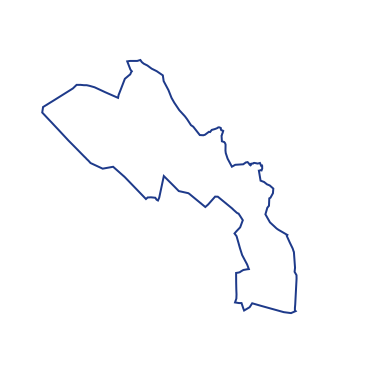 Udi, Enugu, Nigeria (Natural Earth projection), rotated 323°
{"feature_id": "59680162B18977545928744", "entity_name": "Udi", "entity_type": "district", "adm_level": 2, "iso_a3": "NGA", "parent_name": "Nigeria", "parent_adm1": "Enugu", "projection": "natural_earth1", "projection_center": [7.382, 6.448], "detail": "fine", "context": "isolated", "style": "outline", "palette": "blue", "viewbox_px": 384, "rotation_deg": 323, "n_neighbors": 0, "source": "geoboundaries", "source_scale": "gbopen_adm2", "svg_char_len": 2594}
<svg xmlns="http://www.w3.org/2000/svg" viewBox="0 0 384 384"><g transform="rotate(323 192 192)"><path d="M263.8,213.0L263.5,213.0L263.2,212.8L263.0,212.7L263.7,209.7L262.2,209.1L261.3,208.6L260.7,207.8L259.2,206.2L258.5,205.9L258.2,206.0L257.7,206.0L257.3,205.6L256.8,205.3L256.2,205.0L255.5,204.8L255.3,205.4L255.3,205.8L254.8,205.9L254.5,204.9L254.6,203.7L254.5,202.6L254.4,201.6L252.8,200.8L249.6,200.7L242.9,196.3L239.1,195.8L240.5,186.8L242.4,181.2L243.7,179.0L247.3,174.4L247.8,173.0L247.8,171.5L246.4,169.5L249.5,164.8L250.2,164.5L251.0,163.8L251.8,163.4L253.7,162.0L253.4,161.2L252.6,160.4L252.7,159.5L253.5,158.3L252.9,157.0L251.9,156.2L250.2,156.1L247.9,155.4L245.1,154.3L242.5,155.0L241.7,154.1L236.9,154.1L235.2,153.5L232.5,151.2L232.3,140.6L231.4,138.0L231.9,130.9L231.9,127.4L231.1,119.0L231.6,109.9L232.3,104.5L234.5,96.5L236.1,86.4L238.9,81.3L236.5,74.2L234.0,69.2L232.5,64.1L230.7,60.5L230.1,58.1L230.2,55.5L227.0,54.3L223.3,51.5L221.5,50.1L218.9,48.7L216.7,56.5L216.5,57.1L216.5,58.5L216.6,59.4L215.5,59.7L213.4,60.9L212.0,60.9L206.5,61.2L198.0,66.5L191.7,70.4L189.6,72.3L189.2,71.6L182.7,60.0L180.9,56.6L177.2,49.7L174.1,45.6L172.4,43.6L172.1,43.3L169.9,41.6L167.3,39.2L164.3,37.0L159.3,37.6L159.0,37.6L137.1,35.7L124.2,34.5L120.2,38.4L122.8,62.0L124.3,76.5L125.0,81.6L126.7,94.5L127.4,99.8L127.5,100.0L127.6,100.9L127.7,102.1L128.1,104.5L128.2,105.4L128.4,107.8L134.7,119.6L144.2,124.4L147.3,139.7L151.0,169.9L153.3,169.7L156.1,171.6L159.2,174.5L159.1,176.9L159.7,178.3L162.4,176.8L179.1,162.3L181.2,177.1L182.0,183.3L188.4,190.8L188.8,192.1L193.6,212.0L197.4,211.7L207.7,209.6L209.8,211.3L214.3,229.9L214.2,230.1L215.3,235.6L215.7,236.6L216.2,237.2L215.8,242.7L215.6,245.1L209.2,249.2L203.8,250.1L201.0,250.7L201.0,254.1L198.5,260.6L196.5,265.7L194.1,272.5L192.4,283.1L191.0,287.8L189.3,286.8L186.1,285.2L183.8,284.9L181.8,284.8L180.4,284.2L178.5,283.2L173.0,290.6L168.6,296.7L165.9,300.6L163.3,303.8L159.9,306.1L162.8,309.1L163.7,309.7L164.7,310.5L163.5,314.1L162.9,315.9L162.3,318.0L168.7,318.7L173.1,317.1L178.8,324.7L193.0,343.2L198.2,348.3L203.1,349.5L203.0,348.4L204.6,346.3L204.9,346.0L206.7,344.0L223.3,324.2L225.4,321.3L225.9,317.5L228.7,314.5L237.3,301.2L237.3,300.9L238.4,297.7L239.7,291.1L241.3,284.0L242.3,283.7L238.3,274.2L237.6,272.1L236.0,263.2L237.2,254.0L242.7,249.9L245.2,249.3L249.9,243.6L251.2,243.8L255.9,241.7L259.0,238.2L258.0,233.5L256.5,231.0L255.6,227.4L253.6,224.2L258.2,215.3L258.7,215.7L259.3,215.6L259.9,215.8L260.5,216.6L262.1,215.6L262.6,215.0L263.0,214.3L263.7,213.5L263.8,213.0Z" fill="none" stroke="#1e3a8a" stroke-width="2"/></g></svg>